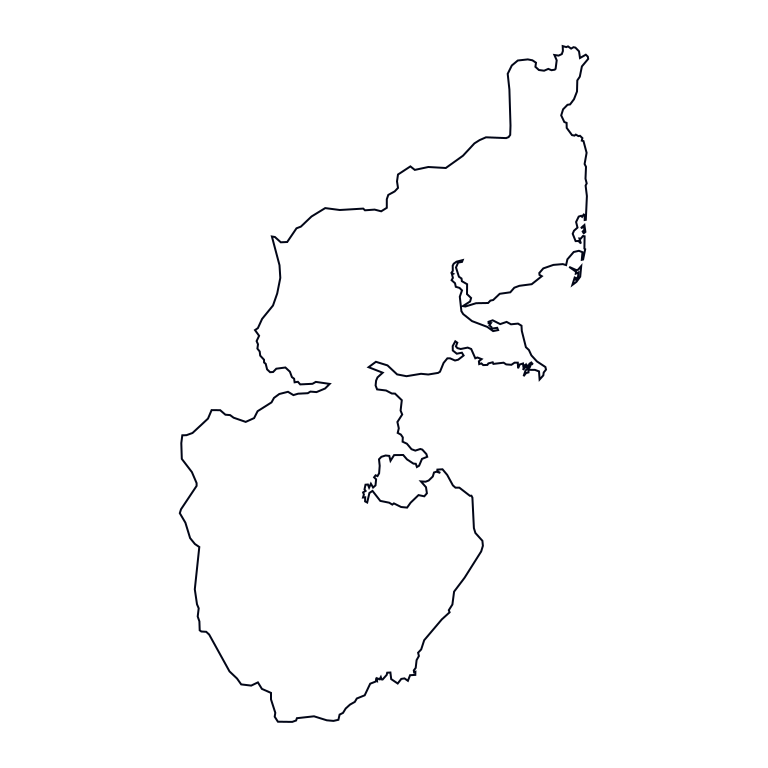 Mossuril, Nampula, Mozambique (Mercator projection)
{"feature_id": "85939544B64339198961844", "entity_name": "Mossuril", "entity_type": "district", "adm_level": 2, "iso_a3": "MOZ", "parent_name": "Mozambique", "parent_adm1": "Nampula", "projection": "mercator", "projection_center": [40.59, -15.021], "detail": "fine", "context": "isolated", "style": "outline", "palette": "ink", "viewbox_px": 768, "rotation_deg": 0, "n_neighbors": 0, "source": "geoboundaries", "source_scale": "gbopen_adm2", "svg_char_len": 6094}
<svg xmlns="http://www.w3.org/2000/svg" viewBox="0 0 768 768"><path d="M440.0,371.7L443.6,362.9L447.4,358.3L450.0,358.3L455.0,360.5L458.2,359.7L463.6,355.5L461.9,352.7L456.8,353.7L452.8,350.5L452.7,346.1L455.3,341.3L457.3,342.7L455.9,346.4L457.4,348.1L460.7,349.0L467.7,347.6L471.2,349.0L475.3,358.3L477.4,357.5L481.6,359.1L478.9,361.3L479.2,364.1L481.4,363.4L483.2,365.1L487.4,364.9L488.4,363.4L492.7,362.3L493.4,363.9L503.6,362.7L506.2,364.4L511.4,364.8L514.5,362.7L517.8,362.7L518.1,368.3L519.7,364.5L523.0,363.5L523.3,366.1L524.9,365.1L523.0,369.9L526.7,365.1L527.8,365.9L526.9,367.3L527.9,367.2L529.5,363.7L531.3,362.5L532.9,364.4L531.3,363.7L529.6,367.6L525.6,370.3L523.6,376.2L526.0,373.1L528.5,372.4L528.5,369.8L535.0,369.9L539.0,371.4L539.6,379.5L543.3,375.4L543.7,372.5L546.0,369.6L545.4,367.0L536.9,361.4L531.4,355.4L528.9,350.0L525.9,347.2L521.8,330.9L521.5,325.7L518.0,323.6L511.0,324.3L506.6,321.9L500.2,324.1L492.7,320.3L488.5,321.8L488.6,323.1L490.9,323.1L489.4,325.3L491.5,327.2L491.5,328.7L497.2,327.8L498.1,330.1L493.1,331.1L487.3,326.9L472.0,321.1L463.2,314.1L461.4,311.2L459.8,296.7L462.0,290.4L459.5,287.9L455.8,286.8L455.0,283.2L451.6,280.2L452.9,277.9L452.0,274.4L453.2,273.8L451.5,272.8L452.8,270.8L452.7,265.7L453.7,263.7L456.5,261.7L462.7,260.1L462.0,261.9L458.1,262.6L456.0,267.5L458.9,276.7L461.5,278.5L461.9,281.2L467.1,284.2L467.0,294.1L471.1,298.0L470.1,301.5L462.9,306.1L465.4,306.5L476.1,303.2L488.1,303.0L490.4,300.6L493.2,300.0L499.7,293.8L510.3,292.3L514.3,287.7L519.4,285.8L531.7,284.2L541.8,276.2L539.5,274.9L539.3,273.0L543.3,268.4L553.4,264.9L562.8,264.1L566.1,265.1L567.4,259.3L573.7,252.0L578.9,250.8L582.5,252.2L581.8,259.8L583.1,259.5L585.2,249.2L584.4,248.6L584.6,236.3L583.0,236.0L580.8,238.6L579.4,238.5L580.9,243.5L578.5,241.0L575.6,241.1L572.7,233.8L574.0,230.7L577.5,227.6L576.1,222.0L578.7,216.6L581.1,215.8L582.1,216.8L583.7,214.5L584.7,215.0L584.7,220.0L585.8,219.8L586.9,196.1L585.6,185.6L586.7,183.4L585.5,178.7L586.0,166.8L584.6,164.0L586.6,152.8L583.5,141.1L581.8,140.6L582.4,138.1L580.0,135.8L578.4,136.1L575.8,134.6L574.5,135.6L572.0,135.1L566.7,127.9L566.6,122.9L564.3,122.0L561.2,115.4L563.1,109.3L567.5,104.8L570.1,104.4L574.0,99.2L577.0,91.5L577.3,80.4L579.8,76.7L581.9,66.4L588.2,58.9L587.8,56.6L585.8,54.7L580.0,58.0L579.0,51.3L575.4,47.6L573.5,47.2L571.1,48.6L568.0,46.4L566.3,47.1L562.7,46.1L562.9,51.0L561.8,54.1L558.6,55.6L554.4,55.0L556.7,60.3L555.6,68.8L554.7,69.7L551.5,70.2L548.3,68.9L544.1,70.7L538.9,70.0L535.4,66.8L536.0,62.7L532.4,60.3L527.8,59.4L517.8,60.5L511.8,65.5L507.7,73.8L509.4,89.5L510.5,125.6L510.2,134.9L508.6,137.1L506.1,138.1L486.0,137.3L479.6,140.1L474.4,143.4L463.0,155.7L445.8,168.0L428.3,167.0L414.8,169.9L410.4,166.4L398.0,174.5L397.0,181.4L398.0,187.9L394.7,191.4L388.3,194.9L386.8,199.2L386.8,207.8L381.2,211.3L374.6,209.6L365.0,210.3L363.2,208.6L339.8,210.0L325.2,208.1L311.5,216.5L300.9,226.6L296.5,228.3L287.2,242.0L280.8,242.3L274.9,237.0L271.9,236.5L279.5,265.2L280.3,277.9L277.2,293.5L273.0,305.5L262.1,318.9L257.9,328.1L255.0,330.1L259.1,335.8L256.6,341.1L258.0,344.3L257.4,348.6L259.7,351.5L260.2,355.6L264.0,359.7L264.1,362.5L265.7,363.8L267.1,369.4L270.1,372.2L273.1,372.0L276.3,368.7L285.4,367.5L289.9,371.7L291.9,377.1L294.1,378.7L294.6,382.3L297.9,381.8L300.2,384.4L312.5,383.8L315.8,381.9L329.7,383.9L325.1,388.5L316.5,392.1L310.4,391.6L307.8,393.2L298.1,393.7L293.4,395.1L288.0,391.8L279.3,394.0L274.0,397.9L271.5,402.4L257.6,411.2L254.1,418.1L245.7,421.9L233.6,417.7L230.1,415.1L225.4,414.7L220.2,410.2L211.6,410.1L208.0,418.6L192.5,433.0L186.4,435.2L182.3,435.3L181.3,443.1L181.8,458.9L191.9,472.1L196.6,483.1L196.6,485.9L181.0,509.3L179.8,513.2L185.4,522.7L190.1,538.1L194.9,544.0L199.3,547.0L194.8,589.3L197.0,604.3L198.7,608.3L197.7,616.5L199.4,621.4L199.7,630.3L201.3,631.5L206.2,631.8L209.2,634.6L229.5,671.4L237.0,678.5L241.2,684.4L251.2,685.6L257.9,682.4L261.9,688.9L271.0,692.9L271.0,699.4L275.3,712.8L274.7,716.7L277.9,721.7L292.2,721.9L296.1,720.5L296.9,718.2L314.0,716.3L326.8,720.3L333.5,720.9L338.4,719.8L339.6,714.6L343.0,712.9L345.7,708.5L350.0,704.6L354.8,701.9L356.8,698.5L364.7,695.3L370.2,683.7L375.8,681.5L376.1,679.5L377.1,680.6L377.1,678.3L379.6,679.3L380.8,677.1L381.5,679.4L382.6,679.5L386.7,674.9L387.2,672.7L390.4,672.5L391.2,679.1L397.7,683.5L401.3,678.9L404.5,678.4L407.9,680.8L410.1,675.2L415.3,674.9L415.4,671.8L414.1,672.3L413.8,670.4L415.7,667.9L416.6,660.1L418.9,656.0L418.1,652.7L421.2,649.4L424.2,640.2L441.8,619.4L449.6,612.3L448.8,610.2L452.4,604.5L454.1,591.6L464.6,577.7L481.2,551.4L482.9,545.8L482.4,540.8L475.4,533.0L473.9,528.1L472.4,497.6L471.4,495.7L469.9,495.8L459.4,487.7L455.5,487.7L452.9,485.4L447.2,474.9L442.5,469.3L437.4,469.6L437.3,471.2L440.3,472.9L436.4,471.7L434.0,472.5L432.8,476.5L428.7,480.5L425.6,481.7L420.9,481.4L426.0,487.2L426.9,493.3L424.3,496.3L418.5,495.1L410.6,502.7L407.1,507.6L401.1,507.0L393.9,503.4L392.3,504.6L389.2,502.7L380.3,500.9L372.5,490.9L369.4,493.0L367.2,502.5L365.1,501.4L365.2,497.3L363.0,497.5L363.9,494.5L363.1,492.4L365.6,490.9L364.5,489.4L365.5,484.7L367.9,484.5L369.1,487.6L370.9,483.7L373.1,487.5L375.5,485.4L376.1,479.3L374.1,477.3L375.6,475.3L377.5,476.1L379.1,473.3L379.7,465.8L379.0,459.3L381.4,456.8L385.6,455.5L389.3,455.9L390.5,460.8L394.1,455.1L403.2,455.0L407.0,459.4L413.4,463.6L415.8,463.8L416.9,467.0L419.1,465.7L422.0,458.9L427.2,456.8L426.4,454.1L422.3,449.6L420.3,449.0L415.3,450.6L411.5,449.2L406.9,443.7L402.6,441.7L402.8,437.4L400.9,434.6L397.7,432.9L398.8,428.3L397.4,422.0L402.2,414.5L400.6,410.6L401.8,400.2L395.0,393.6L391.8,393.5L386.1,390.5L377.1,389.4L375.6,385.5L376.1,380.6L377.5,377.4L382.7,372.7L368.6,367.2L375.9,361.8L387.5,365.4L397.1,374.4L406.5,376.2L421.0,373.8L428.3,374.5L438.1,372.9L440.0,371.7ZM580.2,276.7L581.2,266.1L578.0,269.8L576.3,270.1L569.2,266.9L576.0,271.7L575.8,273.6L578.4,272.4L578.1,276.6L575.4,280.4L575.8,278.0L574.7,277.5L572.4,284.9L576.4,281.9L580.2,276.7ZM585.4,231.9L584.4,225.0L580.9,228.1L584.2,226.9L584.6,231.8L583.7,232.2L583.8,230.3L582.7,231.6L583.8,233.2L585.4,231.9Z" fill="none" stroke="#020617" stroke-width="2"/></svg>